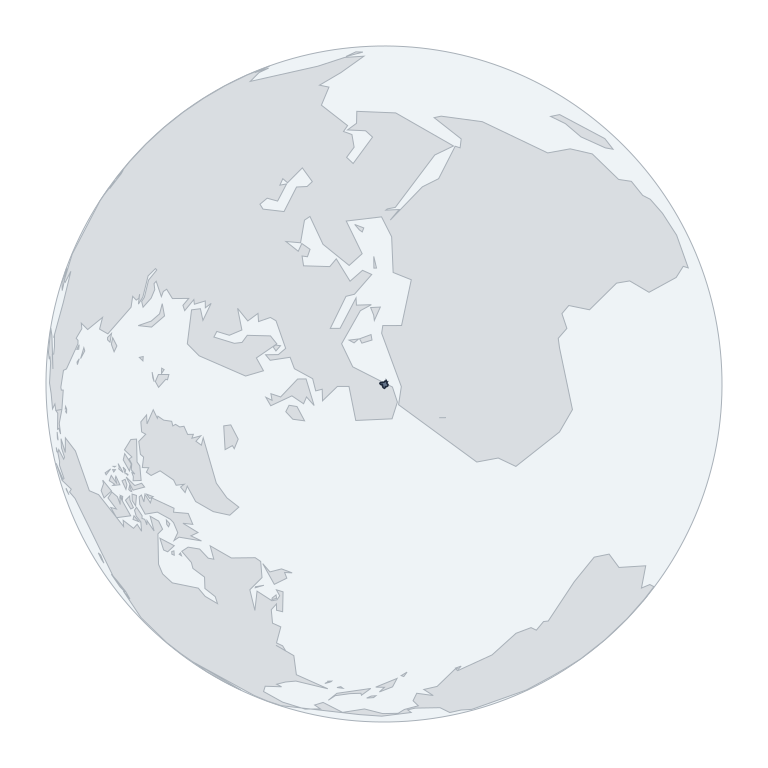 Murcia highlighted on a globe, orthographic projection, rotated 266°
{"feature_id": "ESP-5836", "entity_name": "Murcia", "entity_type": "Autonomous Community", "adm_level": 1, "iso_a3": "ESP", "parent_name": "Spain", "parent_adm1": "", "projection": "orthographic", "projection_center": [-1.387, 38.068], "detail": "coarse", "context": "on_globe", "style": "filled", "palette": "slate", "viewbox_px": 768, "rotation_deg": 266, "n_neighbors": 0, "source": "natural_earth", "source_scale": "10m", "svg_char_len": 10454}
<svg xmlns="http://www.w3.org/2000/svg" viewBox="0 0 768 768"><g transform="rotate(266 384 384)"><circle cx="384" cy="384" r="338" fill="#eef3f6" stroke="#a8b0b8"/><path d="M96.2,561.2L87.5,544.9L80.8,531.2L68.8,504.7L53.3,448.9L53.4,438.2L51.7,426.7L57.2,417.3L58.5,392.6L57.3,384.9L54.4,388.2L52.8,358.6L55.9,336.6L70.3,259.0L75.9,245.5L82.5,232.5L120.4,173.5L88.7,219.9L97.1,205.5L110.0,186.2L110.4,185.9L129.2,162.6L141.3,149.1L167.9,125.3L195.7,109.5L187.2,115.6L194.9,111.9L206.0,104.3L211.4,100.3L252.8,83.5L291.4,67.8L298.2,62.8L300.9,64.7L310.3,56.2L327.8,51.4L311.3,57.1L312.1,58.2L325.6,54.6L329.3,55.0L338.0,53.9L341.3,55.0L331.4,59.2L333.3,60.2L342.8,57.8L352.0,58.0L337.9,61.3L352.5,62.4L338.7,71.5L298.1,82.6L293.5,91.6L260.0,114.3L266.2,114.3L257.5,124.1L261.3,128.0L254.0,131.9L263.4,131.8L269.4,127.6L275.5,126.3L278.3,128.5L269.5,133.5L266.8,133.2L265.7,135.9L260.0,137.6L264.4,138.0L253.4,144.4L268.4,141.5L263.0,149.6L254.6,153.0L250.2,148.0L219.9,146.5L210.0,149.9L200.4,158.9L193.3,184.5L184.6,190.8L176.5,202.6L183.7,200.8L192.5,191.1L203.9,191.5L213.4,180.5L219.4,179.4L231.2,170.6L234.9,177.2L232.2,188.6L222.5,196.5L221.1,202.0L234.7,199.3L221.1,219.6L219.7,243.4L215.6,248.6L199.4,248.8L188.1,235.8L167.1,239.4L186.2,242.9L175.6,257.1L176.2,262.2L180.0,265.2L186.2,262.3L183.7,268.8L163.9,267.0L165.8,261.0L172.1,261.4L166.7,255.8L153.2,256.1L148.9,264.1L133.2,258.7L129.9,264.6L124.6,267.3L130.9,258.0L119.3,275.1L100.1,276.3L83.9,306.7L93.8,275.4L93.6,265.0L92.0,256.0L89.1,260.7L90.8,244.4L85.6,242.4L73.7,260.7L65.2,282.6L64.3,297.9L68.6,292.4L70.6,301.0L59.3,319.8L61.2,341.8L55.3,359.7L54.5,375.2L57.9,381.6L60.6,395.8L66.0,390.9L73.2,395.1L69.8,411.4L76.5,402.4L78.6,415.9L95.0,435.4L92.9,437.5L106.2,472.9L126.1,498.3L130.7,513.7L127.8,518.8L135.9,526.6L136.1,531.3L173.5,560.0L196.6,581.6L198.6,596.7L184.6,605.6L184.4,632.4L162.5,626.6L165.4,635.2L163.0,639.1L148.7,626.5L154.7,632.2L133.1,610.3L113.5,586.6L96.2,561.2ZM78.7,315.4L81.2,349.6L75.1,339.8L77.1,339.4L77.5,328.6L76.5,313.6L72.4,306.4L78.7,315.4ZM90.2,308.7L89.4,304.1L90.9,307.4L90.2,308.7ZM213.3,98.7L205.8,104.2L194.4,111.3L200.1,106.5L213.3,98.7ZM235.5,87.2L233.1,89.4L224.8,92.1L228.8,89.9L235.5,87.2ZM302.3,59.6L295.5,62.0L300.8,59.7L302.3,59.6ZM338.7,53.5L339.4,52.9L343.6,52.6L338.7,53.5ZM228.4,167.8L229.7,169.2L226.8,170.0L228.4,167.8ZM232.2,162.8L227.8,162.8L229.0,160.5L231.7,160.6L232.2,162.8ZM352.5,54.4L359.0,54.6L350.6,55.0L352.5,54.4ZM237.3,163.5L231.7,156.5L233.8,152.6L245.8,149.7L237.3,163.5ZM361.6,55.2L377.6,56.5L380.5,54.8L381.1,60.9L367.4,57.3L356.6,57.9L362.4,56.5L361.6,55.2ZM270.0,125.4L263.8,129.9L266.4,124.2L270.0,125.4ZM270.2,122.1L269.3,107.9L279.9,102.8L278.0,108.3L289.6,100.7L295.2,105.0L290.1,110.2L282.2,112.5L290.4,112.6L270.2,122.1ZM378.8,64.5L381.2,65.7L376.8,65.3L378.8,64.5ZM278.1,125.4L277.0,122.7L286.1,118.0L290.0,122.5L285.8,122.5L278.1,125.4ZM289.9,96.8L297.4,94.4L304.0,97.2L307.7,96.7L296.3,104.7L289.9,96.8ZM285.2,124.7L291.8,125.0L290.1,129.3L279.8,127.7L285.2,124.7ZM286.8,115.0L291.3,113.1L290.1,115.5L286.8,115.0ZM287.7,145.9L286.1,142.3L290.7,139.4L287.7,145.9ZM294.3,124.8L294.9,123.4L296.5,122.0L300.4,123.1L294.3,124.8ZM301.7,106.4L302.9,108.2L306.7,103.2L311.8,105.5L303.2,110.6L309.1,109.4L310.7,110.1L301.9,113.5L301.7,106.4ZM309.2,120.3L300.1,128.3L301.9,135.3L297.9,138.0L295.6,126.2L309.2,120.3ZM305.7,115.9L307.0,119.1L301.3,120.5L296.9,119.2L305.7,115.9ZM318.4,105.4L312.8,100.5L314.8,99.6L318.4,105.4ZM310.9,122.0L313.1,120.1L311.7,122.3L310.9,122.0ZM317.3,110.1L315.1,108.3L317.5,107.3L317.3,110.1ZM319.3,117.9L316.3,120.3L313.3,119.4L319.3,117.9ZM319.3,114.1L323.2,113.2L313.9,117.6L317.9,113.4L319.3,114.1ZM320.0,109.4L320.7,108.3L320.6,110.3L320.0,109.4ZM332.6,120.5L321.8,126.3L315.0,124.0L326.5,118.6L332.6,120.5ZM597.7,122.3L598.8,123.2L592.9,118.6L606.0,130.0L598.0,123.9L612.1,136.5L615.6,138.8L607.1,130.3L622.7,144.9L623.4,145.5L640.1,163.5L655.4,182.6L669.3,202.9L681.6,224.0L692.5,246.0L701.7,268.7L709.2,292.1L703.7,276.9L707.2,291.0L703.4,281.1L695.2,271.7L698.3,292.1L705.6,340.0L712.5,367.4L712.4,386.8L697.7,362.8L686.6,340.5L684.0,349.8L666.5,341.0L644.3,365.7L638.7,361.2L635.1,369.4L622.3,370.7L612.7,362.5L606.1,368.6L631.1,389.8L637.9,383.3L640.0,365.3L646.0,374.8L657.9,375.9L653.6,414.6L616.6,469.9L608.9,450.6L559.4,407.6L558.5,399.9L558.2,399.1L557.3,397.9L557.0,411.2L547.1,401.7L578.0,436.0L585.0,452.8L616.2,471.6L614.3,476.4L623.1,478.1L646.2,452.6L647.2,459.7L638.8,500.4L603.1,563.4L605.6,586.1L599.0,607.8L571.7,632.3L568.9,644.9L554.1,655.2L549.7,662.5L534.9,673.7L512.0,686.3L478.6,695.6L480.5,690.7L469.9,682.9L457.0,654.8L469.7,636.3L468.4,623.0L443.7,594.2L449.4,573.8L441.8,566.4L426.7,570.3L417.4,561.0L407.9,561.6L345.3,570.2L323.9,555.7L292.6,509.8L302.2,492.8L299.7,471.1L362.3,397.1L380.2,401.1L434.8,385.2L442.4,386.9L441.1,405.6L486.1,418.5L494.6,400.9L530.3,401.9L550.9,393.2L549.2,357.7L515.5,371.3L504.7,357.5L527.6,332.9L556.3,321.8L553.0,316.1L530.7,310.6L533.0,296.1L522.4,307.7L529.9,311.8L523.5,319.6L516.3,316.5L517.4,311.2L507.5,312.0L504.9,338.1L512.2,345.1L488.9,357.3L498.9,370.5L494.1,379.4L475.6,360.8L474.1,352.2L443.2,334.3L442.6,344.1L471.8,362.1L464.6,362.0L464.0,376.9L458.8,365.5L427.1,344.5L403.3,354.0L380.4,392.2L365.0,396.1L348.7,389.6L349.6,353.3L384.0,348.9L384.8,337.3L371.5,321.5L383.1,322.0L381.9,315.4L394.3,313.2L405.5,295.7L417.2,292.2L415.6,272.1L421.4,267.9L420.7,280.7L426.4,288.4L454.6,280.7L458.3,275.3L455.0,263.2L463.2,263.2L456.4,252.5L469.7,243.2L447.8,246.0L443.4,233.1L448.1,220.9L442.7,217.6L435.0,237.6L435.4,245.3L442.1,251.0L439.9,274.1L431.5,279.9L418.9,258.5L405.6,264.7L401.6,246.5L425.0,201.6L437.8,190.6L471.4,197.2L471.9,206.1L460.1,207.8L476.5,217.2L472.5,211.1L479.3,211.5L476.8,200.4L481.5,200.2L471.1,190.3L476.5,188.9L483.0,195.2L484.0,178.9L493.7,173.8L491.7,170.3L486.7,168.0L502.4,163.9L500.2,161.6L494.2,161.9L485.9,157.7L477.4,149.0L483.3,148.0L487.2,151.0L504.1,156.4L513.6,165.3L515.1,164.1L508.3,156.2L487.6,149.5L480.8,144.6L490.7,146.5L486.6,145.4L485.0,142.7L489.0,139.4L478.2,137.0L453.3,112.0L458.6,104.1L470.1,107.9L459.0,92.2L465.8,86.3L460.2,86.4L451.1,80.1L448.9,81.8L445.5,81.5L421.2,68.3L420.0,65.2L403.3,61.4L400.4,61.7L400.3,63.6L381.1,60.9L380.5,54.8L387.0,54.3L382.3,51.6L397.8,51.3L408.4,50.4L428.1,52.9L434.8,52.7L432.1,51.8L439.2,51.5L463.0,55.5L455.5,56.1L422.1,54.8L436.7,55.2L436.9,56.6L444.2,57.9L454.3,58.6L453.3,57.7L487.2,69.6L518.3,79.5L507.7,73.1L509.2,72.1L535.3,82.0L586.1,113.2L586.8,113.7L597.7,122.3ZM346.5,436.7L346.1,443.5L346.5,436.7ZM590.9,326.6L605.3,317.6L591.5,301.8L595.9,297.4L589.6,294.0L590.4,300.8L573.9,290.6L577.5,280.4L572.0,272.8L566.9,275.5L563.0,296.3L586.6,310.5L586.4,321.1L590.9,326.6ZM95.7,435.8L97.2,441.3L94.3,438.2L95.7,435.8ZM71.9,344.8L73.6,349.5L73.6,354.2L71.9,351.7L71.9,344.8ZM91.9,380.8L95.0,386.9L90.8,383.3L91.9,380.8ZM82.2,354.6L89.4,376.5L81.3,371.4L77.1,357.9L81.4,363.3L82.2,354.6ZM84.5,315.9L85.1,319.8L83.3,321.9L84.5,315.9ZM91.3,311.2L90.7,310.4L91.5,306.7L91.3,311.2ZM176.8,257.2L178.3,257.5L181.1,261.6L177.6,261.9L176.8,257.2ZM206.7,268.9L202.0,279.2L202.9,271.7L197.1,273.5L191.8,260.6L213.3,250.5L204.5,257.1L206.7,268.9ZM190.7,241.6L191.6,250.2L189.7,241.3L190.7,241.6ZM363.2,284.1L369.4,287.8L367.6,295.6L352.8,302.2L355.2,290.6L363.2,284.1ZM378.6,291.3L370.2,269.5L379.0,265.2L375.5,271.2L382.2,270.5L378.3,280.0L395.0,298.2L394.5,306.6L367.4,312.8L376.5,305.8L369.9,302.4L378.6,291.3ZM333.1,228.5L329.6,220.9L353.4,221.2L353.9,228.3L339.2,234.7L329.9,230.1L333.1,228.5ZM259.5,160.6L256.6,159.1L259.1,157.5L263.5,157.4L259.5,160.6ZM286.6,144.4L274.7,165.9L270.8,165.1L268.5,179.7L257.3,183.5L259.1,173.7L248.8,188.1L246.0,180.8L240.2,191.0L245.5,168.9L242.5,163.6L250.1,167.9L260.4,164.4L264.0,161.4L272.0,149.0L270.8,136.7L280.9,132.0L288.4,131.9L290.2,134.2L283.1,136.3L290.6,137.8L281.7,142.7L286.6,144.4ZM369.7,145.0L360.7,144.8L374.4,152.0L365.6,155.5L367.7,156.2L363.3,161.7L361.6,169.6L356.9,170.4L358.3,173.2L355.4,177.2L355.8,181.5L347.4,184.6L347.1,190.3L343.3,188.6L345.1,197.6L340.0,192.4L335.7,197.5L342.9,199.9L296.8,209.8L281.4,219.3L271.3,230.6L263.9,221.0L268.6,204.8L279.9,187.9L295.8,180.6L289.6,178.0L295.4,173.9L297.9,177.7L297.5,169.6L302.9,167.4L313.0,154.6L309.0,145.3L312.6,140.8L316.9,143.4L317.5,137.1L327.9,139.1L330.8,136.1L343.9,135.4L350.5,142.8L353.1,138.9L363.2,138.8L369.7,145.0ZM336.4,120.5L346.3,127.6L346.3,133.3L323.4,132.2L319.4,134.7L304.7,135.0L305.0,127.0L309.2,127.5L313.3,126.3L311.5,129.2L316.0,125.9L321.9,126.8L327.0,124.5L328.8,127.4L336.4,120.5ZM448.1,378.8L453.5,378.5L461.2,376.0L461.0,385.7L448.1,378.8ZM426.3,364.8L430.8,362.8L434.2,374.5L428.7,375.1L426.3,364.8ZM430.2,352.2L430.7,361.8L427.1,357.0L430.2,352.2ZM424.5,278.5L428.8,276.0L430.4,278.6L429.4,283.4L424.5,278.5ZM408.5,170.1L403.3,168.3L403.9,166.6L396.4,158.9L402.4,156.1L409.2,159.6L408.5,170.1ZM545.2,365.9L541.1,374.7L537.2,372.9L539.4,370.2L545.2,365.9ZM500.3,382.0L512.0,382.7L500.2,384.6L500.3,382.0ZM413.7,165.7L410.0,162.8L415.3,163.3L413.7,165.7ZM406.4,153.8L412.1,153.5L402.3,154.9L406.4,153.8ZM640.5,578.0L613.4,621.4L602.2,628.9L604.1,621.3L616.8,597.7L631.1,583.1L639.3,568.9L640.5,578.0ZM713.3,368.8L717.3,379.1L716.6,386.1L713.3,368.8ZM459.4,142.9L463.0,156.2L469.6,165.0L479.6,168.4L467.2,169.8L457.0,156.1L459.4,142.9ZM453.5,115.7L444.8,113.6L447.3,111.3L449.7,111.5L453.5,115.7ZM449.1,116.6L440.6,120.2L435.0,117.0L442.7,114.8L449.1,116.6ZM427.6,141.8L428.2,145.7L423.9,145.1L427.6,141.8ZM519.0,74.2L522.2,75.7L505.3,71.2L499.6,69.5L507.9,69.9L511.8,71.6L517.4,73.7L518.6,74.0L519.0,74.2ZM383.8,64.8L381.4,65.6L381.3,64.3L383.8,64.8ZM444.5,82.6L440.0,81.9L440.0,80.0L444.5,82.6ZM427.3,79.3L430.5,81.8L424.7,79.5L427.3,79.3ZM437.9,87.8L430.5,83.1L441.1,87.1L437.9,87.8Z" fill="#d9dde1" stroke="#a8b0b8" stroke-width="1"/><path d="M386.9,385.3L386.9,385.6L386.8,385.4L386.5,385.9L386.7,386.4L387.2,386.5L386.2,387.0L385.4,386.9L385.2,387.0L385.3,387.2L384.7,386.9L384.3,387.0L383.6,387.5L383.5,387.8L382.8,388.0L382.4,387.7L381.9,387.7L381.1,386.4L381.3,385.2L380.3,385.0L379.6,384.2L380.2,383.2L381.0,382.6L381.5,382.7L382.3,382.2L382.6,382.2L382.8,382.5L383.2,382.5L383.6,382.1L383.5,381.2L383.8,380.5L384.1,380.3L385.0,379.9L385.7,380.5L385.8,380.9L385.7,381.5L385.4,381.9L385.4,382.3L385.8,382.5L385.9,382.8L385.7,383.9L386.3,384.9L386.9,385.3ZM386.9,385.7L387.0,386.1L387.1,386.4L386.9,385.7Z" fill="#64748b" stroke="#1e293b" stroke-width="1.5"/></g></svg>